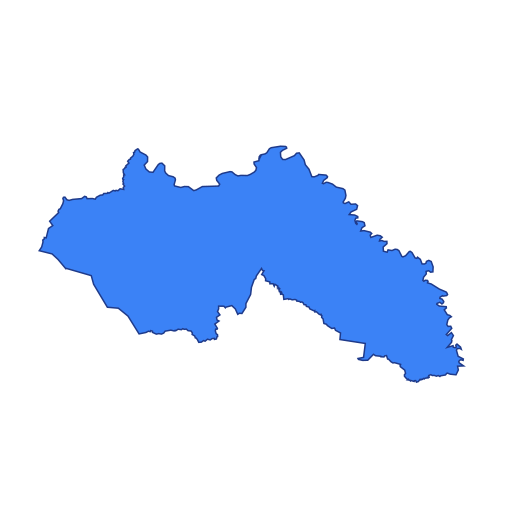 the district of Savelugu, Northern, Ghana, rotated 95°
{"feature_id": "2480657B27215926841583", "entity_name": "Savelugu", "entity_type": "district", "adm_level": 2, "iso_a3": "GHA", "parent_name": "Ghana", "parent_adm1": "Northern", "projection": "robinson", "projection_center": [-0.823, 9.867], "detail": "fine", "context": "isolated", "style": "filled", "palette": "blue", "viewbox_px": 512, "rotation_deg": 95, "n_neighbors": 0, "source": "geoboundaries", "source_scale": "gbopen_adm2", "svg_char_len": 6024}
<svg xmlns="http://www.w3.org/2000/svg" viewBox="0 0 512 512"><g transform="rotate(95 256 256)"><path d="M228.6,457.1L230.0,456.4L239.3,464.6L243.4,461.1L246.7,465.1L256.2,466.6L256.0,468.5L257.4,468.4L258.7,469.8L260.6,469.4L265.7,470.3L269.6,472.4L271.7,459.3L276.6,453.0L285.3,444.3L284.9,443.8L289.9,418.4L298.3,415.3L320.0,399.6L320.0,388.6L327.0,378.3L343.8,365.7L341.8,359.0L340.3,356.6L340.6,354.8L339.5,354.4L340.0,352.5L341.1,352.5L342.5,348.5L341.8,346.1L342.0,343.3L340.8,341.2L338.8,340.0L337.3,334.4L337.8,330.9L337.1,330.1L337.5,329.5L335.7,327.2L335.9,323.9L334.8,322.6L335.3,321.2L334.9,319.0L336.3,317.2L336.4,314.2L338.1,312.7L339.7,312.8L341.0,310.1L342.9,309.3L342.9,308.5L344.4,307.1L347.0,305.5L346.6,303.0L344.8,300.8L345.3,299.3L343.1,297.1L343.6,294.3L342.1,292.5L341.7,290.4L342.7,290.1L342.1,288.2L340.0,287.9L339.6,287.2L337.7,287.5L336.9,288.9L334.1,290.0L332.4,289.8L332.3,288.4L331.5,288.1L327.4,291.1L324.0,287.2L323.1,289.3L320.5,290.0L317.8,286.8L314.7,289.5L311.9,288.6L309.2,288.9L308.8,283.6L310.3,282.0L309.6,281.6L307.5,275.8L310.5,272.0L315.7,269.1L314.5,267.6L314.5,265.0L308.0,261.6L304.3,261.9L294.8,258.0L287.6,257.8L279.5,255.7L278.5,254.3L275.8,253.9L267.9,249.4L269.8,248.3L270.0,246.8L274.0,248.7L274.8,246.5L277.7,244.4L279.8,244.3L280.6,240.0L282.5,239.7L282.1,236.6L284.5,235.2L282.5,234.6L284.1,231.6L285.0,232.0L285.9,230.4L286.6,231.2L286.8,229.6L287.7,230.2L289.5,229.6L289.8,228.2L289.3,228.1L289.8,227.4L290.7,227.1L290.7,228.4L292.0,228.1L291.7,226.9L292.3,225.4L296.8,224.5L295.7,220.3L296.4,219.6L295.8,218.5L296.5,216.2L295.9,213.3L296.5,211.6L297.3,211.5L297.5,208.5L298.2,207.7L297.8,206.3L298.3,205.2L300.3,203.9L300.2,202.1L301.8,201.4L302.2,198.8L304.0,197.8L305.6,193.4L305.2,192.7L306.6,192.5L306.3,190.9L308.7,187.8L308.5,186.1L309.2,186.2L309.6,185.2L311.4,185.3L312.8,183.7L317.3,182.5L317.9,179.7L319.0,179.0L321.6,174.2L320.9,171.5L323.1,170.3L325.3,165.1L331.9,165.1L333.6,139.5L347.6,140.0L349.2,145.5L350.1,144.9L350.7,140.7L350.1,135.6L343.7,130.4L344.9,128.3L345.0,122.9L345.5,122.8L345.4,119.7L344.3,119.1L343.8,117.3L347.2,115.9L347.2,115.0L349.6,112.3L350.6,110.3L350.2,108.7L351.4,102.5L352.9,102.9L353.8,102.4L356.7,97.9L359.9,96.8L361.4,97.8L362.9,97.6L365.0,95.4L365.8,94.3L365.4,93.6L365.9,93.2L366.2,93.7L366.3,92.1L367.0,91.2L366.5,90.9L367.2,87.5L366.4,87.3L366.2,86.1L367.7,85.2L366.9,83.3L364.7,81.9L365.1,81.0L364.4,80.8L364.4,79.3L363.4,78.6L363.8,77.6L363.0,76.9L362.4,74.0L361.9,74.3L361.7,73.0L360.0,73.5L359.0,71.5L359.7,69.9L359.4,68.1L360.0,65.7L359.2,64.1L360.0,62.3L359.3,61.8L358.0,56.9L356.3,55.8L356.0,55.0L356.8,52.3L356.9,46.4L351.9,44.5L348.2,45.6L347.4,39.6L344.7,44.3L343.5,44.8L342.4,44.2L341.5,43.0L341.9,40.6L340.5,40.5L338.3,45.9L332.5,48.1L330.8,47.6L330.3,44.8L331.0,43.4L328.9,44.3L326.2,48.1L327.4,49.2L329.2,48.6L330.0,49.6L329.7,51.5L328.2,51.9L330.4,57.6L325.0,53.7L323.2,53.5L322.3,54.1L318.1,52.4L315.3,54.7L318.6,58.1L317.6,59.6L311.0,54.7L309.0,55.9L309.4,58.5L307.7,60.0L303.0,59.3L300.8,58.0L299.5,56.1L298.3,57.8L297.8,60.3L293.2,63.8L291.2,61.8L289.9,62.1L289.9,69.0L288.4,71.7L287.5,71.6L286.1,68.8L287.6,66.6L286.2,65.2L284.9,65.0L282.7,66.9L282.3,69.2L281.0,69.1L279.3,66.8L279.7,66.3L278.8,62.6L277.7,61.8L276.2,62.6L275.3,63.4L273.0,70.4L268.6,79.0L267.8,82.8L266.2,82.4L265.4,83.1L265.4,85.3L266.5,86.6L265.8,87.6L262.5,87.2L259.0,84.8L256.5,85.2L255.6,82.7L256.9,80.7L256.4,78.4L251.4,78.6L246.2,81.0L245.3,83.5L246.5,85.7L248.4,86.1L249.3,87.5L249.4,89.9L245.0,92.0L243.1,95.0L244.3,95.6L244.1,97.3L239.0,100.9L237.9,102.7L238.2,103.7L242.7,107.0L244.1,109.6L243.7,110.7L238.2,114.1L237.2,115.9L237.1,118.0L238.7,121.0L238.4,125.0L240.8,125.7L240.1,129.5L236.0,130.1L232.3,126.6L230.0,126.9L230.3,129.6L229.6,132.1L230.3,134.3L228.6,134.0L226.3,131.9L225.0,133.9L224.7,137.1L227.5,143.2L225.3,144.1L223.5,142.7L222.3,144.2L221.3,150.6L222.0,153.9L218.6,152.9L216.4,150.1L213.3,151.1L212.5,153.0L212.2,158.6L213.1,159.5L215.1,158.0L215.7,158.3L214.8,159.5L211.9,160.6L209.7,160.0L209.1,157.9L207.8,158.1L206.6,161.3L206.6,166.8L203.8,165.1L200.7,159.8L197.0,159.2L195.5,161.3L196.2,165.9L194.0,168.3L196.0,171.9L195.5,173.6L194.6,173.9L190.7,172.0L187.8,171.7L182.6,173.2L181.3,175.3L180.4,182.0L177.7,186.1L176.5,190.6L176.4,192.5L178.1,195.0L177.8,196.2L174.8,195.2L171.7,191.8L170.6,191.7L169.3,193.3L169.3,200.7L170.3,201.3L172.1,204.9L172.1,207.3L164.9,210.8L160.8,214.8L156.1,216.5L149.5,221.9L150.1,224.6L152.7,226.5L157.4,235.1L157.5,237.9L155.0,240.0L150.6,240.7L148.4,238.8L146.0,234.8L144.8,235.2L144.3,236.3L144.5,241.1L146.8,250.3L148.0,252.0L152.2,254.2L153.5,255.9L154.6,259.4L158.3,260.9L156.4,260.9L154.7,259.8L155.2,260.5L157.0,261.5L159.5,260.9L157.8,261.6L160.8,261.4L162.6,266.2L164.5,265.9L167.9,263.2L170.6,263.6L172.5,265.0L175.2,268.8L176.6,271.6L177.0,278.0L177.8,281.0L176.7,283.9L174.3,287.3L174.2,289.2L176.7,296.8L178.6,299.8L181.7,302.4L184.1,301.7L187.6,298.4L189.6,299.4L191.5,315.5L195.4,321.3L196.3,323.7L192.8,329.4L193.0,333.3L194.3,336.9L193.3,343.2L192.1,343.8L187.1,342.9L185.5,343.4L184.3,345.4L183.5,350.2L181.3,353.1L179.3,354.4L174.1,354.8L171.7,357.8L172.1,359.8L173.4,361.3L181.6,365.9L181.6,369.6L178.9,373.3L175.2,375.3L171.4,372.3L166.8,372.6L165.0,374.5L162.5,380.5L159.8,382.5L159.6,383.3L161.5,385.7L163.2,386.0L163.6,387.0L165.3,386.5L167.3,387.4L169.4,389.5L170.5,389.5L170.9,390.7L172.8,392.1L174.5,390.7L177.5,393.5L178.7,393.1L179.1,394.2L180.2,394.4L181.4,395.9L184.7,395.4L186.6,394.0L186.8,394.9L188.7,394.7L190.3,395.6L191.5,395.2L191.5,394.6L193.3,395.1L195.2,394.2L195.9,394.8L197.8,393.0L199.3,394.2L201.2,393.6L200.9,397.3L203.0,399.2L202.8,401.2L203.5,401.9L203.1,403.9L206.2,408.0L205.7,409.1L206.6,409.6L207.0,413.1L208.5,414.0L209.0,416.5L211.4,420.1L213.4,421.1L213.0,423.9L213.6,429.3L211.9,430.2L211.5,431.9L214.0,434.7L215.6,443.6L216.9,447.0L216.5,449.2L214.0,451.5L214.3,452.9L215.5,453.4L217.8,452.5L220.8,453.0L226.0,455.1L226.7,456.4L228.6,457.1Z" fill="#3b82f6" stroke="#1e3a8a" stroke-width="1.5"/></g></svg>